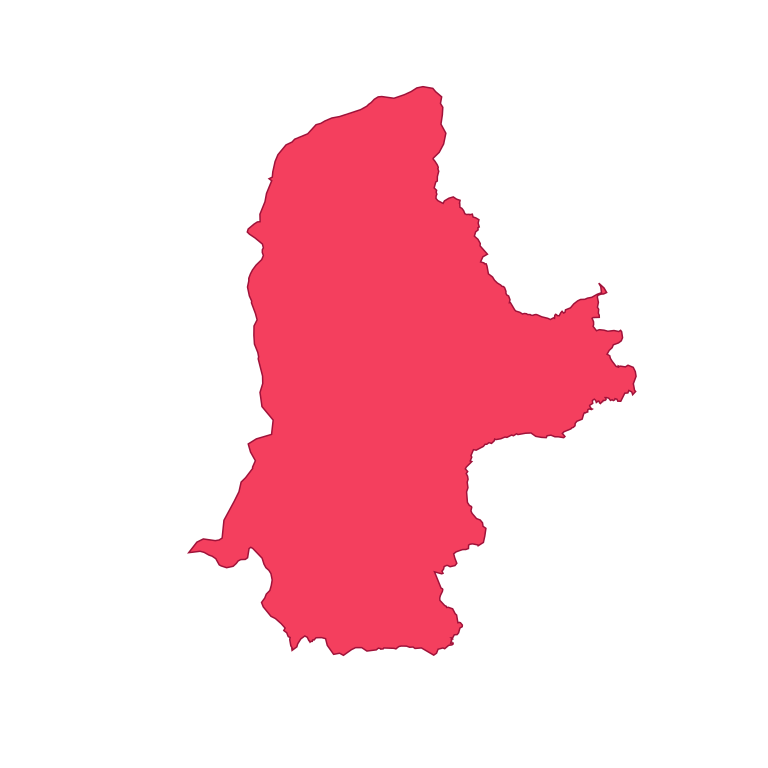 Myingyan, Mandalay, Myanmar (Albers equal-area conic projection), rotated 340°
{"feature_id": "60261553B69002423633875", "entity_name": "Myingyan", "entity_type": "district", "adm_level": 2, "iso_a3": "MMR", "parent_name": "Myanmar", "parent_adm1": "Mandalay", "projection": "albers", "projection_center": [95.599, 21.47], "detail": "fine", "context": "isolated", "style": "filled", "palette": "rose", "viewbox_px": 768, "rotation_deg": 340, "n_neighbors": 0, "source": "geoboundaries", "source_scale": "gbopen_adm2", "svg_char_len": 6171}
<svg xmlns="http://www.w3.org/2000/svg" viewBox="0 0 768 768"><g transform="rotate(340 384 384)"><path d="M142.8,475.7L154.0,478.3L157.4,480.7L161.0,484.9L163.6,487.0L166.2,490.6L167.3,497.6L168.7,499.2L173.3,502.8L179.9,503.7L183.8,502.1L186.4,500.4L189.3,500.0L193.7,501.4L196.4,500.6L200.9,492.5L203.0,491.9L204.5,493.7L209.9,506.0L209.6,512.2L210.2,516.2L212.1,519.7L212.9,523.5L211.9,529.9L209.2,534.7L206.1,539.0L201.5,541.2L198.8,544.3L194.2,547.4L194.3,552.1L198.3,563.6L201.7,567.2L205.4,574.0L207.6,579.5L205.5,581.4L207.5,584.5L207.6,588.6L209.1,590.1L208.0,591.9L206.9,598.1L207.4,601.0L206.9,601.1L206.5,602.9L212.2,601.2L214.0,598.7L218.6,595.1L223.4,593.7L225.3,595.8L225.6,599.4L225.9,599.5L226.2,601.3L227.0,600.9L228.6,601.3L229.3,600.2L230.5,600.2L230.7,600.6L233.4,599.2L238.7,601.0L242.0,603.3L241.3,610.2L244.2,620.8L250.2,621.8L253.1,625.1L262.6,622.5L267.1,622.0L272.9,624.1L276.6,629.1L285.9,631.2L288.3,630.3L290.0,631.3L290.2,632.0L292.7,632.6L293.6,632.0L303.0,635.8L304.6,637.0L308.1,635.8L310.5,636.1L315.5,638.0L318.0,640.1L321.3,641.1L322.7,643.1L328.9,644.8L338.0,655.8L341.3,654.9L344.1,651.7L349.1,652.2L350.5,653.5L355.4,651.7L358.6,652.4L360.1,651.9L360.2,650.8L358.0,650.4L359.2,648.8L359.6,648.8L359.9,647.2L361.2,647.1L360.3,645.6L361.7,646.0L364.3,643.7L367.0,644.5L369.0,643.3L371.9,639.3L374.5,638.8L375.2,637.3L374.2,634.5L373.3,633.8L371.8,633.6L373.2,625.9L372.3,624.2L371.6,618.7L368.0,615.8L366.4,615.4L366.5,614.2L365.3,613.0L362.5,606.4L363.2,604.1L364.6,602.1L367.9,598.9L368.9,597.3L368.9,596.5L367.8,595.2L367.2,577.8L373.3,582.1L374.7,582.1L374.5,579.7L376.5,578.5L378.1,576.1L380.7,575.9L381.8,576.3L383.6,578.3L388.6,578.9L391.1,577.4L391.0,571.7L391.4,567.4L394.4,566.4L399.2,566.4L401.3,566.5L404.3,567.5L407.1,567.5L408.4,564.3L410.1,564.0L412.5,564.5L417.1,567.3L417.1,568.2L423.2,566.9L426.7,561.4L430.4,554.5L428.4,551.6L429.1,548.1L427.9,544.7L424.9,542.1L422.5,535.7L422.3,533.0L424.3,529.8L424.2,529.0L422.7,527.3L421.9,523.8L424.7,513.6L427.4,510.2L428.6,504.7L430.4,502.3L431.0,499.2L430.6,496.3L432.7,494.9L431.4,491.6L432.9,490.2L440.0,486.9L438.7,485.8L441.5,482.7L441.2,481.1L445.6,476.3L448.0,477.7L456.1,476.6L458.3,475.2L460.0,475.8L462.6,475.0L464.7,476.6L468.0,475.2L469.2,473.6L470.1,474.5L475.1,475.4L479.5,475.2L481.3,476.2L486.5,475.6L487.9,476.9L491.6,476.1L492.5,477.3L500.3,478.7L505.4,480.3L508.7,485.1L513.7,488.0L518.1,489.9L519.6,488.4L523.4,489.2L526.5,492.0L529.7,493.2L534.5,495.9L536.1,495.2L534.7,491.4L536.9,490.4L544.3,490.1L545.3,489.5L547.0,489.5L549.2,488.6L550.2,486.4L552.5,485.0L558.2,484.8L561.1,480.8L562.5,479.5L563.5,480.1L564.8,479.7L565.8,480.0L566.8,477.8L568.2,477.6L570.3,479.0L571.2,478.8L569.7,477.4L570.2,476.8L569.7,475.4L569.9,474.4L573.5,473.6L574.1,470.9L575.6,470.3L576.5,470.2L577.3,471.9L577.2,474.0L579.4,473.3L580.2,473.8L580.1,475.5L580.7,476.4L582.5,475.4L583.5,475.4L584.3,474.4L586.0,475.0L587.3,474.6L587.6,473.5L587.3,472.5L588.9,473.1L590.4,474.3L591.2,476.9L593.0,476.8L593.8,478.0L595.4,477.8L596.1,476.8L597.7,478.0L597.8,480.1L600.6,481.2L607.1,475.0L610.1,475.8L611.9,473.8L614.1,476.2L614.0,479.1L617.9,477.1L617.3,475.6L618.4,469.0L623.5,463.0L624.4,458.3L623.9,453.6L619.7,449.8L616.7,450.5L612.3,448.1L611.2,448.0L610.3,447.1L610.0,448.3L608.1,446.8L606.2,440.7L605.5,437.3L605.8,434.7L603.8,432.3L607.2,429.4L610.8,427.9L612.9,425.6L618.4,425.6L621.7,424.6L624.0,422.1L625.2,416.2L624.7,414.5L622.6,415.0L618.4,412.4L612.4,411.0L609.2,408.7L604.9,406.6L601.9,406.6L600.2,401.4L601.3,399.9L602.2,397.2L602.0,393.4L603.3,393.1L609.1,395.0L609.8,392.9L609.6,390.9L611.3,387.2L610.8,384.9L613.4,380.6L614.2,375.1L615.4,373.8L618.7,373.8L621.2,374.5L624.5,374.2L623.6,369.0L620.3,362.7L621.0,366.6L619.6,372.6L615.0,372.6L608.9,373.6L604.5,372.9L601.7,373.1L597.6,371.8L594.4,372.1L589.8,373.6L585.3,376.2L579.9,376.4L578.6,378.5L577.1,378.8L576.2,376.6L574.5,377.5L572.0,379.8L570.3,379.1L569.8,377.8L569.0,377.2L567.9,378.0L566.7,380.6L565.9,379.8L562.4,380.3L560.4,378.3L555.2,374.8L551.9,371.6L550.7,370.7L548.7,370.3L547.6,370.5L545.8,369.7L545.1,368.7L542.8,367.9L541.9,366.7L539.9,365.7L538.1,365.6L536.2,363.1L532.9,360.6L532.2,359.2L530.6,350.7L529.6,350.5L531.2,347.9L531.2,343.9L529.8,342.3L529.6,340.4L530.3,338.6L530.3,334.9L529.7,333.4L528.2,332.5L527.5,330.9L525.0,327.8L523.3,324.2L522.6,320.6L519.8,316.2L521.1,308.4L521.1,306.0L519.5,305.4L519.4,304.4L516.5,302.3L520.4,298.3L525.6,297.4L521.5,287.0L522.5,284.9L521.8,280.2L519.5,276.0L522.1,272.4L525.1,271.4L525.8,269.2L527.2,269.0L527.5,265.0L529.4,262.1L527.0,259.2L524.8,257.5L525.1,254.6L522.4,254.2L522.1,253.7L519.4,252.9L518.2,251.6L518.1,248.4L517.3,245.7L515.8,243.8L516.9,240.4L516.7,240.1L518.3,237.4L515.4,235.1L513.1,231.9L508.6,231.6L503.4,232.6L501.3,234.5L497.3,230.1L496.3,227.4L497.3,225.1L498.6,223.7L498.6,221.6L499.7,220.0L498.2,216.9L501.7,211.9L503.5,211.5L505.1,207.3L508.2,202.8L508.2,200.0L508.7,199.7L509.1,198.8L509.0,196.3L508.1,192.2L507.1,189.3L507.6,188.6L515.1,185.2L522.1,178.9L527.9,169.5L526.4,159.3L530.9,151.0L533.9,144.1L533.0,139.7L536.4,133.9L532.5,127.0L531.0,122.9L522.3,117.9L516.1,117.0L509.5,118.5L501.7,119.1L491.1,118.9L480.2,113.1L476.7,112.2L472.3,113.1L468.1,115.2L465.4,115.9L462.8,117.1L455.7,118.2L433.7,117.5L426.0,116.2L418.5,116.6L413.8,117.5L408.8,117.1L397.9,122.8L383.8,123.4L380.3,125.2L373.7,125.8L362.8,132.2L357.8,137.6L352.0,146.7L349.8,151.4L346.2,151.8L348.0,154.6L338.8,164.7L334.5,172.0L325.5,182.0L323.1,189.1L320.4,188.4L316.5,189.3L309.4,191.9L307.5,194.4L308.8,197.2L312.8,202.7L317.6,210.9L317.2,214.8L315.6,216.2L314.6,218.8L314.6,222.0L311.6,225.3L304.5,228.5L299.5,231.8L296.2,234.8L293.1,238.4L292.2,240.9L288.9,246.2L287.6,255.2L288.0,260.8L287.2,262.4L287.3,273.8L286.7,280.3L281.7,285.0L278.4,293.7L275.9,302.2L276.2,311.2L275.5,315.6L274.4,317.3L272.6,335.0L270.2,342.1L264.6,349.5L261.6,363.5L267.5,380.0L261.1,392.9L245.3,391.9L235.9,393.9L235.3,402.3L236.9,412.1L232.0,417.2L231.7,418.4L221.9,424.7L216.2,427.3L210.9,435.6L203.0,443.1L187.0,457.3L179.2,473.4L175.7,474.2L171.9,473.5L161.2,467.8L154.1,468.6L142.8,475.7Z" fill="#f43f5e" stroke="#9f1239" stroke-width="1.5"/></g></svg>